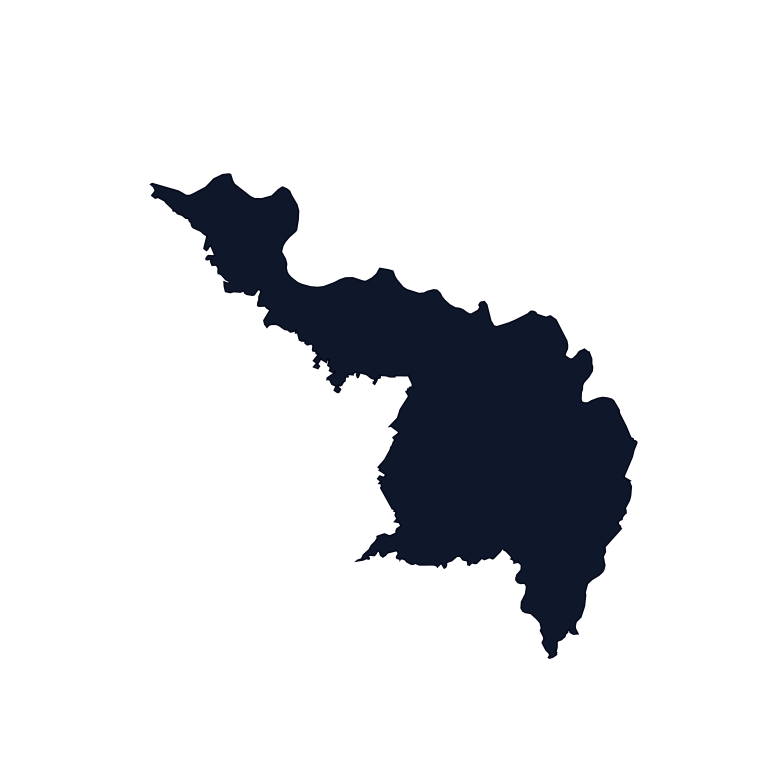 outline of Apazapan, Veracruz, Mexico, rotated 218°
{"feature_id": "50627088B67463100581546", "entity_name": "Apazapan", "entity_type": "district", "adm_level": 2, "iso_a3": "MEX", "parent_name": "Mexico", "parent_adm1": "Veracruz", "projection": "robinson", "projection_center": [-96.664, 19.343], "detail": "fine", "context": "isolated", "style": "filled", "palette": "ink", "viewbox_px": 768, "rotation_deg": 218, "n_neighbors": 0, "source": "geoboundaries", "source_scale": "gbopen_adm2", "svg_char_len": 6136}
<svg xmlns="http://www.w3.org/2000/svg" viewBox="0 0 768 768"><g transform="rotate(218 384 384)"><path d="M683.1,389.6L678.7,389.6L677.0,392.0L669.4,393.3L667.3,392.6L658.2,391.8L656.6,390.6L655.2,391.7L651.4,391.1L647.1,392.7L642.3,392.6L639.7,394.2L637.9,392.6L635.3,392.3L632.8,390.2L630.5,389.7L622.4,391.7L619.0,391.3L614.6,391.7L609.3,379.9L606.1,379.9L605.8,381.7L606.4,383.7L605.6,386.4L596.9,381.5L597.0,380.1L601.3,377.2L601.8,375.9L601.4,372.9L600.7,372.6L599.8,373.1L597.0,375.8L595.8,373.6L592.5,371.7L589.9,374.1L588.7,374.3L586.0,373.3L583.5,369.7L582.4,369.0L581.5,369.7L579.4,370.0L573.0,368.8L569.8,369.5L568.0,368.8L568.7,367.3L572.9,366.0L570.0,362.7L565.8,359.3L561.4,361.4L559.4,364.2L553.6,368.1L552.1,371.2L549.6,369.9L547.3,370.2L542.2,373.0L541.2,374.4L541.5,380.6L539.5,382.2L537.6,380.3L536.2,375.6L534.2,373.1L533.5,370.5L531.9,368.1L530.4,368.3L525.7,372.3L523.1,371.7L519.2,372.1L517.8,360.1L514.8,357.7L511.1,356.6L510.9,359.6L509.4,361.7L505.7,364.7L502.7,365.5L495.7,365.9L493.1,367.4L489.8,367.3L487.4,370.1L486.5,372.4L485.2,369.8L483.5,371.1L477.7,366.6L475.2,367.2L472.7,369.3L471.3,367.6L468.6,367.6L465.7,371.2L463.2,370.2L461.5,367.1L460.2,366.3L458.0,367.9L456.1,366.2L453.8,367.0L453.9,358.9L449.8,359.0L450.0,354.1L445.6,355.5L445.8,358.3L448.5,358.7L449.3,364.8L442.8,365.5L443.9,368.7L442.1,368.6L442.0,369.3L439.7,364.1L436.2,364.1L435.2,360.9L432.3,361.4L430.1,363.2L429.9,365.0L429.7,363.1L432.4,353.8L431.6,352.4L430.4,353.5L429.1,353.8L424.9,351.7L420.4,352.9L419.3,348.4L415.8,348.6L415.9,349.1L414.5,349.5L414.9,353.1L417.9,353.3L419.3,354.9L417.3,355.7L416.7,357.2L417.2,360.5L416.6,362.3L418.7,365.6L416.7,367.7L418.6,369.3L413.9,372.3L414.9,373.4L413.2,376.5L411.8,376.2L411.4,374.4L408.9,372.8L408.5,373.6L409.8,378.2L403.3,380.8L397.7,380.7L393.6,382.2L393.1,379.2L393.5,379.0L393.0,378.0L391.2,378.0L391.8,382.4L392.7,384.4L390.9,386.3L391.3,387.3L393.0,388.0L387.6,391.8L383.9,393.2L379.9,396.3L380.3,397.5L369.8,405.6L361.6,401.4L360.0,399.1L359.9,398.3L361.6,397.5L361.5,394.6L362.0,394.6L361.3,393.1L361.9,391.5L357.3,389.8L356.9,389.1L355.5,374.0L352.3,365.4L353.5,354.0L352.4,355.1L343.0,355.4L342.3,353.9L343.9,347.3L340.9,346.5L340.9,344.2L339.6,340.3L339.7,338.3L338.6,336.2L336.8,324.7L337.3,314.8L334.6,314.9L334.8,313.1L326.5,313.8L326.7,310.1L330.7,308.9L330.6,305.4L326.5,305.3L326.7,302.6L324.7,303.8L322.6,301.3L322.7,300.1L300.6,290.7L300.1,291.2L298.0,291.3L297.9,290.0L295.6,290.7L294.5,287.5L290.7,285.8L290.9,282.0L286.7,284.2L283.2,282.6L284.7,277.7L284.0,275.5L282.6,274.2L285.4,268.5L286.5,267.5L291.4,266.1L295.5,259.8L295.4,259.2L294.3,258.9L293.9,254.6L294.5,249.2L293.7,244.3L295.0,236.7L294.0,232.4L296.4,228.7L296.6,227.6L292.2,232.4L290.5,235.5L288.1,236.7L288.4,237.8L291.3,238.2L289.2,240.9L286.0,242.8L285.7,244.5L286.2,247.0L285.7,249.1L284.9,249.4L281.2,246.9L278.4,247.0L277.5,249.7L277.2,253.2L271.5,260.5L269.6,260.1L268.1,258.9L267.9,256.3L267.4,255.0L266.4,254.6L263.6,255.8L263.2,255.4L263.3,256.2L262.1,257.5L259.4,258.5L256.6,257.9L252.0,258.7L250.4,259.5L248.8,262.1L244.8,263.2L233.3,272.2L230.4,273.3L229.3,272.7L228.7,277.3L228.1,277.9L223.2,276.0L222.6,277.8L222.9,279.1L224.8,281.9L221.8,286.6L220.6,292.9L218.0,295.2L213.6,294.0L209.3,296.0L206.6,293.2L205.1,293.8L204.8,297.2L201.9,298.5L200.6,299.7L199.8,307.0L196.9,307.4L193.8,312.4L191.2,312.9L190.4,313.6L189.3,322.6L189.4,327.3L188.1,327.6L187.2,327.0L185.0,327.5L178.1,326.5L175.9,325.5L176.2,324.3L174.4,324.8L172.4,324.4L171.3,322.9L169.1,325.7L167.5,326.4L164.2,325.9L161.4,321.9L161.7,315.4L160.2,311.7L159.2,310.7L156.3,310.0L153.8,310.8L150.4,313.7L146.9,312.2L143.2,305.8L141.5,297.0L138.0,291.8L134.9,290.5L132.2,290.9L127.0,293.6L119.6,293.1L113.9,292.0L109.7,288.6L108.8,285.9L103.1,283.3L101.0,281.6L100.0,277.5L92.7,274.1L87.6,273.4L86.4,272.1L86.0,269.7L84.7,269.9L82.8,272.8L81.5,277.0L82.8,277.7L82.5,278.6L83.7,279.1L85.7,283.3L88.8,287.2L88.7,289.0L86.9,291.5L85.9,296.4L87.2,298.8L86.6,299.7L86.6,301.1L87.2,300.8L87.0,304.9L84.3,302.9L80.7,303.5L77.3,306.6L82.9,309.2L84.6,311.3L86.2,314.8L85.4,321.6L89.3,332.4L95.2,341.8L97.2,343.5L100.7,351.8L99.9,357.6L96.8,366.1L96.1,370.8L96.5,373.0L98.3,377.0L105.0,382.8L106.2,388.0L109.6,391.7L108.0,416.2L109.7,416.6L110.1,417.4L113.0,417.7L114.1,419.1L114.5,421.2L113.1,423.8L114.2,425.9L114.3,429.5L113.8,431.4L115.9,433.7L117.4,434.3L118.9,443.1L120.8,447.6L125.9,455.4L131.0,458.4L130.5,459.2L137.3,458.3L138.3,460.2L143.5,479.4L146.4,485.8L148.5,493.2L149.3,494.0L150.8,494.0L152.7,493.1L154.0,494.2L156.4,493.6L167.1,499.6L180.5,505.9L182.7,508.2L192.5,512.1L195.1,512.2L199.1,510.6L203.5,507.9L206.7,504.2L210.3,498.2L211.6,494.7L214.8,492.1L217.6,491.7L219.9,493.9L223.4,498.9L224.4,501.8L226.8,505.2L227.6,508.4L227.1,515.8L227.9,522.4L230.0,525.7L232.7,527.7L236.0,531.8L242.2,535.5L242.9,534.8L247.5,534.9L250.1,529.7L249.9,525.3L250.8,519.8L252.8,518.1L258.5,517.7L259.8,519.2L261.2,524.7L263.3,527.6L266.5,530.5L288.0,540.4L294.8,540.1L297.3,536.3L306.3,533.0L308.7,533.8L311.4,533.0L313.1,531.6L313.8,527.6L319.9,514.7L323.3,508.7L330.2,498.7L333.0,497.3L338.7,499.5L351.9,509.8L355.7,510.7L358.2,507.8L357.9,504.8L355.5,503.6L355.2,499.9L358.5,492.2L362.3,491.2L367.8,491.0L371.3,489.9L374.7,487.8L380.8,486.8L387.7,487.3L391.8,488.2L395.6,490.0L399.9,490.5L402.7,488.9L406.6,483.9L408.5,480.1L412.1,476.8L424.0,472.4L428.7,471.9L438.2,474.0L441.8,475.4L446.5,478.4L451.3,476.4L458.5,472.5L457.5,466.2L458.6,460.0L461.4,453.7L463.8,452.1L473.9,448.5L479.6,443.9L482.7,439.2L485.5,433.1L491.3,423.6L495.6,419.3L501.5,415.4L509.7,411.9L514.7,410.6L523.4,410.7L527.4,411.6L530.0,413.0L532.7,415.4L534.7,418.7L538.4,421.6L546.3,425.0L548.8,430.6L549.5,435.1L549.3,441.4L547.8,449.4L547.8,451.5L552.7,460.4L557.8,467.7L562.9,471.6L573.2,475.7L577.1,477.8L581.0,477.8L585.2,476.7L586.8,472.2L588.1,463.0L594.3,454.7L600.1,450.3L604.7,449.3L624.9,449.3L628.2,450.7L633.7,454.5L635.3,454.2L640.0,449.6L644.3,441.0L645.5,429.4L651.6,415.7L653.3,412.7L656.1,410.7L664.6,409.5L690.0,399.3L690.7,397.7L687.0,397.5L683.1,395.6L683.1,389.6Z" fill="#0f172a" stroke="#020617" stroke-width="1.5"/></g></svg>